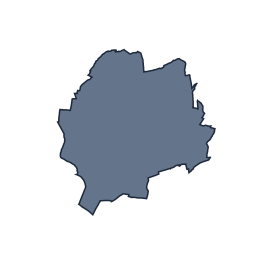 the district of Dobrin, Salaj, Romania, rotated 323°
{"feature_id": "2599482B81285722475955", "entity_name": "Dobrin", "entity_type": "district", "adm_level": 2, "iso_a3": "ROU", "parent_name": "Romania", "parent_adm1": "Salaj", "projection": "natural_earth1", "projection_center": [23.114, 47.302], "detail": "fine", "context": "isolated", "style": "filled", "palette": "slate", "viewbox_px": 256, "rotation_deg": 323, "n_neighbors": 0, "source": "geoboundaries", "source_scale": "gbopen_adm2", "svg_char_len": 5814}
<svg xmlns="http://www.w3.org/2000/svg" viewBox="0 0 256 256"><g transform="rotate(323 128 128)"><path d="M176.1,201.0L176.0,200.8L174.9,200.3L174.4,200.0L173.3,199.0L173.2,198.8L174.3,197.7L174.9,196.7L177.1,195.0L177.8,194.3L178.1,193.8L180.1,192.0L180.6,191.3L180.9,190.7L181.1,189.2L181.1,188.3L181.3,187.5L184.1,186.7L185.1,186.7L186.0,186.8L186.1,186.7L187.5,186.3L188.2,185.8L190.2,185.2L191.6,184.4L192.9,184.1L193.8,183.5L194.0,183.5L195.5,182.4L195.7,181.7L197.0,181.0L196.8,180.6L194.3,177.5L194.1,177.2L195.4,176.2L194.5,175.8L192.7,174.1L192.2,173.2L191.6,172.5L189.4,171.6L188.6,170.7L188.4,170.0L187.4,168.5L194.0,166.1L194.0,165.9L193.2,164.3L195.6,163.5L196.9,162.8L197.9,162.5L197.9,161.7L197.7,160.8L197.8,160.1L198.5,158.6L199.9,157.1L200.0,156.8L201.0,155.5L201.0,155.4L201.0,154.0L201.2,153.5L201.3,152.2L200.9,150.9L200.6,149.4L200.1,148.3L200.1,147.9L199.5,148.3L198.5,150.0L197.4,151.6L195.5,154.8L195.4,154.9L195.2,154.7L194.4,153.3L192.0,150.8L192.2,150.4L192.9,150.2L193.5,149.5L194.0,148.8L194.2,148.4L196.1,145.9L196.8,144.6L197.8,143.3L198.3,142.5L198.7,141.8L199.8,140.3L200.4,139.0L201.2,138.0L201.8,137.7L202.6,137.4L204.6,137.1L204.8,136.9L205.2,136.3L205.5,135.8L206.2,135.2L206.3,135.1L207.6,134.9L208.0,134.3L208.2,134.2L210.4,133.9L208.6,133.7L208.4,133.7L207.3,133.5L206.8,133.5L206.5,133.7L205.8,133.9L205.7,134.1L205.3,134.4L204.9,134.3L203.9,134.5L203.3,134.8L202.8,134.9L204.2,132.5L205.3,130.5L208.3,124.2L208.7,123.5L209.2,123.0L209.2,122.8L209.0,122.5L207.3,121.8L206.6,121.5L205.9,121.0L205.4,120.8L206.2,118.8L206.9,118.3L207.3,117.6L207.5,117.1L207.6,116.2L212.7,111.5L213.2,110.0L212.9,108.8L212.3,107.5L211.0,105.0L210.8,104.4L210.8,103.6L209.5,102.7L207.6,102.4L207.1,102.3L206.2,102.3L205.9,102.0L205.8,101.9L205.6,101.8L205.2,101.4L204.9,101.4L204.7,101.3L203.7,101.6L202.4,101.6L201.6,101.5L199.1,100.8L196.6,100.4L194.6,99.8L193.8,99.9L193.7,100.0L193.5,100.6L193.0,100.8L191.9,100.7L190.0,100.3L189.6,100.1L189.5,99.8L189.5,99.5L189.3,99.3L188.4,99.1L187.3,98.6L186.2,98.5L186.2,98.4L184.9,97.8L184.8,97.7L184.6,97.6L183.9,97.4L183.5,97.1L182.2,96.8L180.7,96.0L179.6,95.5L179.1,95.2L178.2,94.9L174.4,92.7L175.1,91.9L175.2,91.5L175.6,90.8L176.4,89.6L176.8,89.2L177.3,88.4L177.4,88.0L178.2,86.8L178.3,86.5L178.9,85.8L179.9,84.0L180.8,82.8L181.7,80.3L182.2,78.7L182.6,78.0L182.9,77.1L183.3,75.9L183.2,75.5L181.7,72.7L180.3,73.1L180.1,72.8L179.4,72.3L177.6,71.2L176.4,70.7L174.6,70.4L174.2,70.0L174.0,69.7L172.1,63.8L172.0,63.4L172.0,63.0L171.5,63.0L170.9,62.8L170.3,62.5L169.0,62.4L168.0,62.2L166.9,61.7L166.9,61.2L166.3,61.2L165.1,60.4L163.8,59.7L163.6,59.5L163.6,59.4L164.8,59.2L165.2,59.0L165.4,58.8L165.3,58.5L163.8,57.3L162.9,56.9L161.8,56.1L161.3,56.0L161.0,56.3L160.6,56.3L158.3,55.1L158.2,54.9L158.3,54.6L158.2,54.6L156.8,54.1L155.5,54.0L154.2,54.1L152.1,53.9L150.4,54.2L148.9,54.7L148.0,54.6L145.5,54.9L144.8,55.4L144.4,55.5L143.9,55.5L143.3,55.4L142.6,55.4L141.6,55.9L141.4,56.3L141.0,56.5L140.1,56.5L138.0,57.8L137.6,58.0L135.6,58.4L133.8,58.8L133.3,59.2L132.3,59.2L132.0,59.3L131.9,59.6L132.0,60.1L132.0,60.5L131.0,60.8L130.0,61.6L129.5,61.7L128.3,61.7L127.9,61.8L128.6,63.1L129.2,64.5L129.8,65.0L129.8,65.4L129.7,65.8L129.1,65.6L128.6,65.7L127.3,66.2L126.6,66.2L126.0,66.0L125.8,65.8L125.3,65.6L124.0,65.5L117.5,65.7L114.9,66.4L113.4,67.9L111.9,69.0L110.8,68.5L110.5,68.1L110.5,67.8L110.3,67.8L108.9,68.9L108.4,69.5L108.3,69.9L106.6,68.6L106.1,68.2L104.4,73.5L103.5,73.0L102.3,71.9L101.0,71.2L100.5,71.6L99.4,72.8L97.7,74.5L97.0,75.2L94.4,77.6L92.4,79.2L91.9,78.8L91.6,78.1L90.5,77.3L89.8,76.6L89.5,76.2L88.7,75.6L88.0,75.4L87.7,75.0L87.3,74.6L87.0,74.5L87.0,74.3L86.9,74.0L86.5,74.0L84.9,72.3L84.3,72.7L82.5,74.5L81.3,75.9L78.7,78.5L76.4,81.4L75.4,80.9L73.4,94.3L72.5,95.2L71.3,97.1L71.2,97.8L71.0,98.1L70.9,98.8L70.6,99.4L70.3,99.7L69.9,99.8L69.7,100.0L69.2,100.8L68.5,101.4L67.7,101.8L65.2,103.4L64.2,104.0L63.0,104.7L61.5,105.4L60.8,106.3L59.0,107.4L57.2,109.5L56.7,110.4L56.7,111.0L56.7,111.5L56.9,112.2L58.3,114.7L58.7,116.3L59.3,117.8L61.2,120.6L61.2,120.9L62.2,123.6L62.9,124.9L63.0,125.5L62.8,126.0L62.9,126.5L63.0,126.7L63.1,128.4L62.5,130.6L61.8,131.2L61.5,131.7L61.5,132.2L61.1,133.2L60.3,133.9L59.9,134.3L59.4,134.4L58.8,134.1L60.5,137.2L61.0,138.7L61.1,139.2L61.1,141.2L61.2,141.8L61.3,142.0L61.3,142.6L61.1,143.3L61.1,143.7L60.3,146.5L59.6,148.0L58.8,149.5L58.2,150.1L55.2,151.8L52.3,153.6L50.9,154.4L46.2,157.3L44.1,158.6L43.4,159.1L42.8,159.2L43.2,160.5L44.1,164.2L44.2,164.6L44.5,164.7L45.4,167.4L46.0,168.8L46.6,170.8L47.7,176.1L48.6,175.6L51.5,174.2L53.0,173.4L56.8,171.8L58.2,171.3L59.0,170.7L61.2,170.0L61.4,169.9L61.7,169.4L62.4,169.7L65.9,172.0L68.2,173.7L70.0,175.2L70.5,175.7L70.3,176.7L71.1,177.0L73.6,177.3L76.0,177.4L80.8,177.2L82.7,177.6L83.5,177.5L84.4,177.7L84.8,177.7L86.1,179.3L88.5,181.6L88.6,181.9L88.1,182.3L87.1,182.9L88.3,184.4L88.6,185.1L89.1,185.7L89.3,185.8L89.5,185.7L92.3,188.1L93.2,189.2L94.3,190.2L95.5,191.0L97.9,193.2L100.3,195.6L101.8,194.5L103.6,193.1L105.0,191.7L105.9,190.9L106.2,190.4L106.4,189.3L106.5,187.9L107.2,186.6L108.6,185.1L110.8,183.5L112.6,182.5L112.9,182.2L113.5,181.0L114.1,180.0L120.9,182.2L124.2,183.1L124.9,183.3L125.8,181.4L136.8,185.5L137.2,185.7L137.4,186.1L137.9,185.8L138.1,185.8L138.9,186.3L141.4,186.9L143.6,186.9L144.2,187.1L144.8,187.6L145.5,187.7L146.2,188.0L145.9,188.8L146.0,189.2L146.3,189.5L147.0,189.5L147.3,188.9L148.1,189.2L148.4,189.1L148.8,189.2L149.1,189.6L150.3,190.1L151.1,190.9L152.4,191.5L152.3,191.8L151.5,193.4L151.0,194.8L150.3,196.0L150.2,196.3L150.5,196.6L151.7,197.1L150.2,199.5L149.8,200.4L152.7,200.3L153.4,199.8L153.9,199.8L154.2,199.9L154.8,199.8L155.1,199.9L155.0,200.0L155.4,200.0L156.4,199.3L157.2,199.0L159.4,199.0L164.5,199.3L166.5,199.8L169.6,200.8L173.2,202.1L176.1,201.0Z" fill="#64748b" stroke="#1e293b" stroke-width="1.5"/></g></svg>